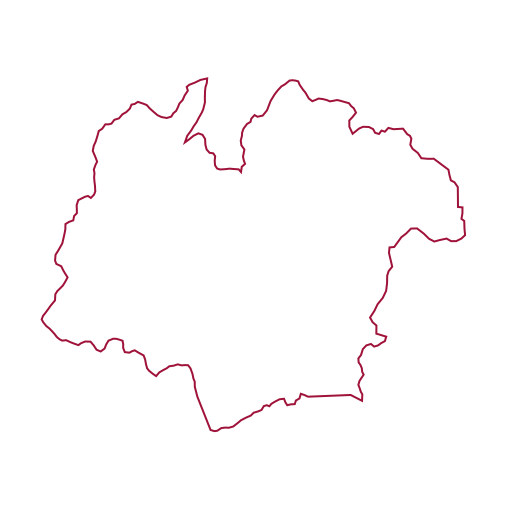 Anicuns, Goiás, Brazil (Natural Earth projection), rotated 7°
{"feature_id": "56859067B81756227980733", "entity_name": "Anicuns", "entity_type": "district", "adm_level": 2, "iso_a3": "BRA", "parent_name": "Brazil", "parent_adm1": "Goiás", "projection": "natural_earth1", "projection_center": [-49.983, -16.403], "detail": "fine", "context": "isolated", "style": "outline", "palette": "rose", "viewbox_px": 512, "rotation_deg": 7, "n_neighbors": 0, "source": "geoboundaries", "source_scale": "gbopen_adm2", "svg_char_len": 3998}
<svg xmlns="http://www.w3.org/2000/svg" viewBox="0 0 512 512"><g transform="rotate(7 256 256)"><path d="M56.3,333.9L54.0,338.0L51.9,341.4L51.0,345.1L53.0,347.8L56.3,351.0L59.9,353.2L63.2,355.9L65.6,358.0L68.2,360.7L71.2,362.6L73.9,363.6L77.8,362.7L82.5,364.2L86.8,365.3L90.6,366.1L92.8,364.0L96.8,361.7L102.2,361.2L105.8,364.5L109.2,368.5L113.5,369.7L117.0,366.3L118.1,362.0L119.9,358.0L124.4,355.5L127.6,355.2L130.6,355.7L133.9,356.4L135.0,360.0L135.3,363.3L137.5,367.4L142.1,367.4L144.6,365.6L147.1,364.4L151.3,366.3L156.6,368.4L158.6,372.3L160.1,377.1L161.6,380.7L163.8,382.9L167.6,385.3L171.5,387.4L174.2,383.3L178.0,380.4L181.1,378.3L183.4,376.0L187.6,374.9L191.5,373.1L195.5,373.6L199.1,372.9L202.0,372.7L204.7,375.6L207.3,380.7L208.8,385.2L210.5,388.2L211.2,393.3L214.9,402.7L232.1,434.2L236.0,434.9L238.8,434.2L242.6,431.0L246.7,430.0L249.9,429.8L254.2,428.0L258.1,424.1L261.2,420.8L265.9,417.6L270.3,415.0L272.8,411.8L276.6,410.2L280.2,408.2L282.1,404.0L284.8,402.8L287.6,403.5L289.3,400.8L292.5,398.3L296.9,395.3L301.2,394.3L303.1,397.8L305.2,400.3L308.6,399.0L312.5,398.3L313.2,394.6L316.5,392.1L317.3,387.3L321.1,388.1L324.8,389.3L366.9,382.4L378.9,386.8L378.4,380.4L376.6,378.0L375.1,374.8L373.3,371.4L374.0,367.2L377.3,360.7L375.5,358.0L374.7,354.5L373.0,351.5L370.8,349.0L370.1,345.2L372.3,341.5L373.4,335.4L376.4,331.3L380.8,329.3L384.3,331.5L388.0,329.9L391.0,327.1L394.3,324.8L395.1,320.2L384.9,318.4L384.0,310.3L379.8,307.5L376.7,303.2L380.2,296.0L382.6,289.0L386.9,282.2L389.4,274.8L389.4,266.8L388.6,259.5L389.5,254.8L392.5,250.0L387.6,236.7L387.5,231.2L392.1,230.2L398.0,219.6L402.2,215.5L406.5,209.9L412.5,209.0L419.9,213.4L425.6,217.8L431.2,219.9L436.6,217.7L443.0,215.5L447.9,217.5L453.0,216.8L457.7,213.7L461.0,209.8L459.7,204.0L458.4,195.8L455.4,194.1L455.7,188.6L455.0,182.6L450.5,182.7L449.5,175.0L447.9,163.0L444.0,158.6L440.2,157.2L438.1,151.9L436.5,146.9L420.6,137.8L414.8,138.6L408.2,138.8L404.1,134.0L398.3,130.5L395.6,126.8L395.9,120.6L394.1,117.9L391.3,116.7L386.4,111.7L377.0,113.4L371.8,112.7L368.8,116.9L365.3,116.2L363.2,119.9L359.2,119.2L356.8,115.8L352.4,114.2L346.5,114.7L342.8,116.9L337.0,122.9L332.9,116.3L332.1,110.1L334.7,106.6L337.8,101.5L335.0,97.4L332.3,95.7L329.6,93.0L325.0,92.3L320.5,91.6L317.5,91.3L313.9,92.5L310.5,93.5L307.4,92.6L303.3,92.1L298.9,92.1L296.3,93.7L293.0,95.5L289.2,93.2L285.3,88.0L282.3,85.1L278.5,80.8L276.6,77.5L273.8,77.1L270.6,77.1L267.9,77.8L263.9,82.0L260.5,84.6L257.4,88.9L254.7,93.5L251.6,100.3L249.2,110.0L245.6,115.8L240.5,117.6L237.4,116.3L234.6,120.2L234.2,123.6L231.0,126.0L228.1,131.1L227.2,135.1L227.4,138.4L226.8,143.3L228.0,147.9L231.5,151.7L231.0,159.0L232.2,162.5L233.9,165.9L231.0,169.2L230.9,174.5L228.2,172.1L222.9,172.4L219.3,172.5L214.6,173.6L209.8,174.5L206.7,173.9L204.3,171.0L203.4,166.5L203.3,161.9L201.1,159.3L197.3,159.2L194.0,156.3L192.2,151.7L191.2,146.0L188.1,142.2L183.8,141.3L179.3,144.3L175.2,148.6L171.6,151.9L173.1,145.1L176.4,139.3L178.4,134.7L180.6,130.7L182.3,126.0L184.7,120.3L185.7,117.0L186.6,109.9L185.9,104.7L185.3,98.1L185.3,94.4L186.1,90.2L185.9,85.7L179.4,88.0L174.3,91.3L168.9,94.2L166.6,96.6L168.2,100.2L165.6,105.4L164.2,110.1L161.4,114.0L160.3,118.1L159.0,121.8L156.6,124.3L154.9,128.0L150.6,129.9L145.3,129.6L141.2,128.3L137.2,125.7L132.6,122.5L129.2,119.5L125.4,118.5L120.0,117.4L117.0,119.9L114.0,120.9L112.8,125.1L109.8,128.9L106.2,131.6L103.2,136.1L98.8,138.1L96.4,142.2L93.7,143.3L90.4,143.7L87.8,148.5L84.7,151.1L83.9,156.6L82.9,162.1L81.5,166.5L81.2,171.6L84.7,177.7L86.8,181.7L85.6,185.1L84.5,189.8L85.6,193.6L85.7,197.3L86.4,201.0L87.6,205.9L88.6,211.5L87.8,214.8L85.0,218.5L82.0,216.9L79.1,218.0L72.8,222.2L71.8,227.5L72.5,231.6L73.0,235.3L70.6,238.5L70.3,242.9L66.3,244.9L63.0,247.5L63.5,252.8L63.3,256.2L62.9,260.6L62.2,267.1L59.0,274.8L56.9,279.2L57.1,285.0L58.8,288.2L63.9,289.9L66.5,293.8L68.4,296.3L71.6,300.2L69.7,305.0L68.0,308.7L65.9,311.5L63.1,315.0L61.5,318.4L61.9,324.6L58.3,330.2L56.3,333.9Z" fill="none" stroke="#9f1239" stroke-width="2"/></g></svg>